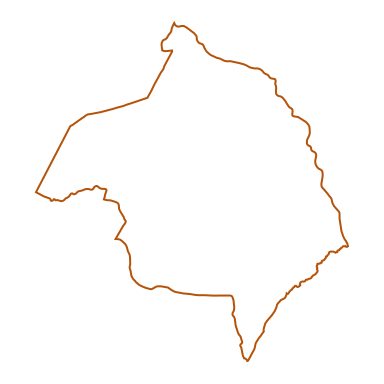 outline of Chemba, Sofala, Mozambique
{"feature_id": "85939544B96550484342715", "entity_name": "Chemba", "entity_type": "district", "adm_level": 2, "iso_a3": "MOZ", "parent_name": "Mozambique", "parent_adm1": "Sofala", "projection": "albers", "projection_center": [34.641, -17.226], "detail": "fine", "context": "isolated", "style": "outline", "palette": "amber", "viewbox_px": 384, "rotation_deg": 0, "n_neighbors": 0, "source": "geoboundaries", "source_scale": "gbopen_adm2", "svg_char_len": 5956}
<svg xmlns="http://www.w3.org/2000/svg" viewBox="0 0 384 384"><path d="M348.0,246.3L347.3,243.7L346.7,242.5L346.0,241.1L344.5,239.0L343.1,236.0L341.4,230.8L339.6,219.0L339.5,213.0L338.9,211.6L334.1,206.2L332.7,203.6L332.3,202.5L331.6,199.4L331.1,198.1L328.7,195.3L327.7,193.8L323.6,189.0L322.8,188.2L321.9,187.0L321.6,186.4L321.4,184.9L321.5,182.9L321.8,181.2L322.0,180.6L322.7,175.3L322.5,172.3L322.0,170.8L321.6,170.4L320.6,169.6L318.9,168.8L317.5,167.5L316.5,166.1L315.6,164.3L315.3,162.4L315.2,160.8L316.1,156.4L316.2,155.3L316.1,154.2L315.7,153.4L315.1,152.6L314.2,151.9L312.6,151.2L311.6,150.4L311.3,149.7L311.0,147.9L310.7,147.0L310.0,146.2L308.1,145.3L307.2,144.2L306.9,143.5L306.9,141.3L307.1,139.9L309.2,135.5L309.7,133.6L309.8,131.5L309.4,126.7L308.2,124.4L306.1,122.1L298.1,117.0L294.7,116.5L292.9,116.0L292.3,115.0L292.3,113.5L292.6,111.5L292.5,110.0L291.9,108.9L289.0,106.9L287.0,103.9L285.4,101.1L282.7,97.8L281.4,96.8L280.2,96.3L279.0,96.1L277.7,95.6L276.8,94.8L276.2,93.8L276.0,92.7L275.9,90.5L276.2,88.2L276.1,87.2L275.9,85.9L275.3,84.2L275.3,82.7L275.7,81.3L275.5,80.0L275.2,79.4L274.5,78.9L273.4,78.8L271.7,78.5L270.5,78.1L269.9,77.6L268.5,75.7L267.9,75.0L264.4,73.3L263.7,72.6L262.3,70.8L261.3,70.0L260.0,69.2L259.2,68.8L257.1,68.4L255.2,68.5L254.3,68.4L250.3,67.5L249.3,67.1L246.6,65.5L243.5,64.2L238.9,63.0L230.4,61.2L226.9,61.3L224.4,60.8L220.6,58.9L219.3,58.4L217.0,57.9L210.9,55.1L209.6,54.2L207.0,51.9L206.0,50.7L204.4,47.9L203.5,45.6L202.6,44.3L199.5,43.2L198.5,42.4L197.5,41.1L196.8,39.2L196.7,37.1L196.3,35.8L194.1,33.2L186.7,27.6L183.9,26.0L181.8,26.0L178.8,26.6L177.4,26.5L176.2,25.9L175.2,25.0L174.2,23.0L172.6,26.3L171.7,28.6L171.3,31.1L171.1,31.7L170.0,33.3L168.9,34.5L166.8,38.1L166.4,38.3L165.6,39.3L164.4,39.6L162.9,40.5L161.9,42.4L161.5,44.3L161.9,47.9L162.3,49.8L162.2,50.3L163.7,50.9L165.5,51.2L172.0,50.5L172.1,51.6L164.4,65.9L163.4,69.0L161.7,71.5L160.9,72.5L160.1,74.0L153.9,85.4L151.5,90.5L147.4,97.8L129.6,103.8L128.3,104.1L123.0,106.1L117.2,107.6L112.3,109.1L100.8,112.1L90.9,114.0L87.8,114.4L87.0,114.8L85.5,115.7L84.4,116.5L84.3,116.8L82.4,117.9L72.2,125.2L70.7,125.8L69.9,126.9L36.0,192.2L43.7,196.3L45.3,197.0L45.8,197.0L47.7,197.8L49.6,198.4L50.3,199.0L50.6,199.6L50.7,200.4L51.1,200.8L52.0,200.8L52.7,200.6L53.7,199.3L54.3,199.2L54.7,199.4L55.3,200.1L55.6,200.3L57.1,200.1L57.9,200.2L60.8,201.1L61.7,201.1L62.7,200.9L63.6,200.4L64.5,199.7L65.8,198.3L67.2,197.8L68.3,197.1L69.5,195.9L70.2,194.7L71.2,193.6L72.2,193.4L72.7,193.6L73.4,194.2L74.4,194.2L75.4,193.9L76.1,193.4L77.5,191.9L78.6,191.3L81.7,190.6L83.2,190.1L85.0,189.3L86.5,189.0L88.3,189.0L91.0,189.7L92.2,189.6L92.9,189.1L93.5,188.5L93.9,187.5L94.4,187.0L95.4,186.3L96.0,186.1L96.8,186.0L97.3,186.1L98.8,187.4L99.8,188.1L100.8,188.5L101.7,188.8L104.7,188.9L105.6,189.1L106.1,189.4L106.5,190.1L106.5,190.4L105.0,195.1L104.7,196.9L103.9,199.4L107.0,200.2L110.1,200.3L111.3,200.6L116.0,202.1L116.8,202.5L117.8,203.2L118.6,204.4L118.8,205.3L119.1,208.9L119.8,210.6L123.9,217.4L124.4,219.1L125.7,221.0L125.7,221.7L125.0,223.5L123.2,225.8L115.6,239.0L118.5,239.2L120.0,239.6L121.2,240.4L123.2,242.0L123.3,242.2L125.1,243.9L126.2,245.5L127.2,248.3L127.8,250.9L129.7,255.0L130.0,257.4L130.2,263.0L130.2,264.3L129.7,266.8L129.7,268.1L130.5,270.6L131.4,275.8L132.4,277.8L133.5,279.4L134.4,280.3L134.6,280.4L136.1,282.3L137.2,283.1L137.3,283.4L139.4,285.0L142.4,286.5L145.3,287.7L147.9,288.5L149.0,288.7L150.2,289.1L151.7,289.1L153.0,288.5L155.5,287.0L156.7,286.5L157.6,286.3L160.9,286.3L167.9,287.5L168.5,287.8L168.7,288.1L171.6,290.1L173.8,291.3L175.7,292.0L183.0,293.4L189.6,294.0L194.6,294.8L198.0,295.2L204.8,295.2L212.7,295.6L228.9,295.5L230.2,295.5L231.6,296.0L232.0,296.4L232.5,297.3L233.5,300.2L234.2,306.9L234.2,308.6L233.9,310.4L233.6,311.2L232.8,312.6L232.6,313.2L232.5,314.2L232.6,315.0L232.8,315.5L234.1,316.9L234.8,318.9L235.3,322.2L235.5,324.4L235.9,326.3L237.5,331.2L237.7,331.8L238.5,333.8L239.2,335.0L239.7,335.4L240.7,336.9L241.3,339.2L242.2,341.8L242.1,342.9L241.8,343.1L241.4,343.8L240.5,344.4L240.2,345.4L240.3,345.9L241.0,347.1L241.3,347.8L242.9,355.8L244.1,358.3L244.8,358.3L246.0,359.1L247.0,360.2L247.3,361.0L248.2,360.6L248.5,359.7L248.9,359.2L254.3,349.2L254.8,347.5L255.5,344.0L256.1,342.5L259.2,337.6L260.1,336.7L263.4,331.9L263.8,331.5L263.6,330.9L263.7,328.8L264.9,324.7L265.4,323.2L266.5,321.8L266.7,321.3L269.1,318.4L269.4,318.2L270.7,316.6L271.6,315.6L271.8,315.2L272.0,315.1L274.6,311.3L276.3,307.7L277.0,304.8L278.1,303.1L279.2,302.1L280.3,300.7L281.2,299.9L283.4,298.9L284.6,298.2L285.3,297.3L286.0,296.0L286.4,294.9L286.6,293.6L286.9,293.9L287.9,293.8L288.3,293.6L288.9,292.3L290.2,290.9L290.5,290.4L291.4,290.0L291.8,289.7L292.3,288.6L292.7,288.5L293.3,287.5L294.4,286.9L294.6,286.3L294.9,286.0L295.4,285.8L296.2,285.9L297.2,286.9L297.5,287.0L298.2,286.9L299.0,286.4L300.2,285.4L300.3,285.0L299.8,284.4L299.9,284.1L300.1,283.7L300.2,282.9L300.7,282.2L301.9,281.6L302.6,281.5L303.7,281.5L304.7,281.4L305.2,281.0L305.8,279.8L306.2,279.6L307.4,279.7L307.7,279.6L308.4,279.0L308.9,278.8L310.2,278.6L311.4,277.8L312.0,276.6L313.2,275.4L314.6,274.8L315.9,273.7L317.4,271.7L317.6,270.7L317.6,270.4L317.0,269.5L317.0,269.1L317.3,268.1L317.3,267.8L316.7,266.9L316.8,266.5L316.8,265.9L317.1,265.6L317.3,265.1L317.3,264.0L317.5,263.8L318.3,263.9L319.2,263.5L320.0,263.5L320.4,263.0L321.0,262.9L321.7,262.6L321.7,261.4L321.8,261.0L322.6,260.5L323.7,260.3L324.8,259.3L325.0,258.7L325.8,257.9L325.9,256.7L326.1,256.4L327.0,256.3L327.1,256.1L327.1,255.9L327.5,255.3L328.6,254.3L328.8,254.0L328.9,252.8L329.6,251.9L330.6,251.6L333.2,251.6L333.6,251.7L335.0,252.4L335.2,252.6L335.5,252.7L336.2,252.2L337.1,252.2L337.3,252.1L337.3,251.8L337.2,251.4L337.5,250.8L337.8,250.5L339.0,250.3L339.4,250.0L339.5,249.4L339.7,249.1L340.4,248.9L340.7,248.6L340.9,248.1L341.9,247.6L342.8,246.5L343.6,246.2L344.2,246.2L344.6,246.3L345.4,246.1L345.8,246.6L346.4,246.9L346.8,246.9L348.0,246.3Z" fill="none" stroke="#b45309" stroke-width="2"/></svg>